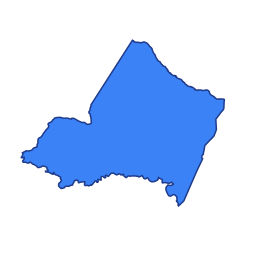 Paranaíta, Mato Grosso, Brazil (Robinson projection), rotated 297°
{"feature_id": "56859067B42865578670852", "entity_name": "Paranaíta", "entity_type": "district", "adm_level": 2, "iso_a3": "BRA", "parent_name": "Brazil", "parent_adm1": "Mato Grosso", "projection": "robinson", "projection_center": [-56.79, -9.567], "detail": "fine", "context": "isolated", "style": "filled", "palette": "blue", "viewbox_px": 256, "rotation_deg": 297, "n_neighbors": 0, "source": "geoboundaries", "source_scale": "gbopen_adm2", "svg_char_len": 5679}
<svg xmlns="http://www.w3.org/2000/svg" viewBox="0 0 256 256"><g transform="rotate(297 128 128)"><path d="M57.8,45.2L57.4,46.2L55.0,46.5L54.1,46.2L53.2,46.4L53.4,47.4L54.0,48.2L54.8,48.5L54.5,49.1L53.2,49.5L52.6,49.5L51.9,49.3L50.9,49.1L50.2,49.5L50.0,50.4L50.7,51.7L51.1,52.9L51.1,53.5L51.1,54.3L51.5,55.1L52.1,55.8L52.9,56.0L53.3,56.5L52.6,59.5L52.6,60.2L52.8,60.9L52.8,61.7L52.5,64.2L52.0,65.1L51.9,65.8L52.2,66.4L53.9,68.3L54.5,68.7L55.4,69.1L55.8,69.8L55.8,70.6L56.1,71.4L56.1,72.2L56.1,73.1L55.8,73.8L54.7,74.4L54.4,75.4L54.1,76.0L53.4,75.9L53.0,75.5L52.6,75.1L52.1,74.1L51.5,74.5L51.9,75.4L52.4,76.9L52.6,77.9L52.6,78.9L52.5,80.6L52.6,81.8L53.0,82.3L53.7,82.0L54.5,81.9L54.5,82.5L53.7,83.7L53.4,84.3L53.7,86.0L53.8,86.9L53.6,88.7L53.6,90.2L53.1,90.6L52.3,90.7L51.8,91.4L51.4,92.3L50.7,92.5L49.8,92.3L49.1,92.3L48.5,92.1L47.5,91.6L46.7,91.6L45.9,92.0L45.1,92.3L44.6,93.0L44.2,94.3L43.9,95.0L43.8,95.9L44.3,96.8L45.9,98.4L47.6,98.8L48.1,99.3L48.8,101.0L49.2,101.7L49.7,102.2L50.9,102.9L51.3,103.5L51.6,104.1L52.2,104.5L53.6,104.2L54.8,104.5L55.5,104.3L56.1,104.2L56.8,104.2L57.2,104.6L57.4,105.3L58.2,105.6L58.5,107.1L58.2,107.7L57.5,108.1L56.8,108.7L57.2,109.4L58.1,110.2L59.2,111.9L60.3,113.2L60.4,114.0L59.8,114.5L59.1,114.4L58.3,114.6L57.7,115.1L57.2,115.9L57.8,116.8L58.3,117.4L58.5,118.1L58.5,119.0L59.2,119.9L60.1,120.3L60.1,121.0L60.4,121.5L61.2,121.6L61.8,122.0L63.4,122.2L64.3,122.6L65.8,122.7L66.3,123.4L66.3,124.1L65.6,124.7L65.8,125.5L66.3,125.8L67.1,125.6L67.7,125.0L68.4,124.6L68.8,125.0L68.9,125.8L69.0,126.8L69.4,127.6L70.0,127.6L70.7,126.9L71.3,126.5L72.4,126.4L73.3,127.1L73.4,128.0L72.9,129.7L73.4,130.3L74.0,130.6L74.5,130.1L74.9,129.5L75.8,129.6L76.1,130.2L75.8,131.7L76.0,132.4L76.6,132.7L78.5,133.0L80.1,133.7L81.1,135.3L81.2,136.2L81.0,138.2L81.1,138.9L81.4,139.6L82.0,140.1L82.9,140.4L83.3,141.3L83.2,142.1L83.0,142.7L83.6,144.3L84.5,144.4L84.6,145.1L83.7,145.9L83.3,146.4L83.1,147.0L83.2,147.9L82.9,148.7L83.3,149.2L83.9,149.3L84.7,149.6L85.2,149.9L85.6,150.5L86.0,151.7L86.3,152.3L87.4,153.6L87.6,154.4L88.0,155.2L88.7,156.6L89.0,157.7L89.5,158.5L89.3,159.1L89.3,159.9L91.3,161.7L92.0,162.2L91.6,163.0L91.2,163.6L90.4,164.9L90.2,165.7L90.6,166.7L92.5,167.8L92.5,168.4L91.9,169.2L91.2,170.4L90.9,171.1L90.8,171.8L90.8,173.5L91.8,175.2L92.5,176.0L93.1,176.6L93.8,177.0L94.7,177.8L96.1,178.1L97.7,177.7L97.6,178.6L97.5,179.4L97.5,180.4L97.6,181.7L97.1,182.3L96.4,182.4L95.8,182.8L95.2,182.9L94.8,183.5L94.9,184.1L95.6,184.7L96.0,185.5L96.4,186.3L96.7,187.1L96.7,188.0L97.6,189.9L98.0,190.4L99.5,191.5L99.0,192.3L98.8,193.7L98.3,194.0L97.6,193.5L96.7,192.6L96.2,192.0L95.7,191.1L95.6,189.9L95.1,189.3L94.1,189.3L92.8,188.9L91.7,189.1L90.1,189.9L88.7,191.4L86.9,193.8L86.3,194.8L86.2,195.5L86.4,196.4L86.8,197.0L87.6,197.6L88.6,198.1L89.1,198.5L89.4,198.9L89.6,199.8L89.5,200.8L89.2,201.5L89.0,202.2L88.5,203.0L87.0,203.8L86.1,204.5L85.2,204.2L84.6,204.7L84.3,205.8L83.9,206.6L83.2,207.3L82.4,207.4L81.8,207.8L81.5,208.4L87.3,210.5L88.3,210.8L89.0,210.8L119.4,208.9L124.7,208.7L125.5,208.7L134.5,208.5L135.1,207.3L135.7,206.8L136.7,206.6L137.4,206.6L138.1,206.8L138.7,207.1L139.6,206.6L143.0,205.8L147.1,204.4L154.4,206.5L157.8,207.7L158.4,207.7L159.9,208.2L164.3,207.8L166.9,207.4L175.1,202.6L175.9,202.3L184.4,203.8L187.4,204.6L187.9,204.6L188.8,204.5L190.1,204.0L194.4,202.0L195.8,201.5L197.1,200.9L197.0,199.7L195.0,195.5L194.2,194.6L194.1,193.6L194.3,192.6L194.9,190.7L195.0,189.2L195.1,187.5L195.3,186.4L195.6,185.7L196.2,184.9L197.1,184.0L197.6,183.4L197.8,182.4L197.7,181.0L197.3,180.3L196.7,179.6L196.4,179.1L195.5,178.0L195.2,177.1L195.0,175.7L194.6,175.3L194.3,174.7L194.1,173.6L192.9,172.8L193.0,172.1L192.8,171.2L192.4,170.5L193.2,170.0L193.0,168.9L193.5,168.3L193.5,166.6L193.2,166.0L193.5,165.3L192.9,164.3L192.7,163.0L192.5,162.3L192.6,161.4L193.1,160.7L193.0,159.7L193.2,158.8L193.8,158.4L193.9,157.7L194.4,156.2L194.1,155.6L194.7,155.0L195.2,153.9L195.3,152.9L195.1,151.9L195.1,151.1L194.9,150.3L194.8,149.4L194.9,148.4L195.6,148.1L195.4,147.3L195.5,146.7L196.2,146.7L195.9,145.6L195.1,144.2L195.4,143.4L195.6,142.4L195.5,141.7L196.0,141.5L196.3,140.9L196.0,140.3L196.2,139.6L196.4,138.6L197.1,138.0L196.9,137.2L197.6,137.1L198.2,136.4L198.4,135.2L199.3,133.9L199.6,133.1L199.3,131.9L199.3,130.6L199.9,129.9L200.2,128.5L200.8,127.4L201.4,126.8L201.5,126.0L201.5,124.9L201.7,123.6L202.3,123.3L202.6,122.4L203.5,120.9L204.2,120.2L205.2,119.2L205.6,118.6L206.3,116.9L207.8,115.0L209.3,113.6L209.9,112.7L210.3,111.5L210.6,110.3L211.0,109.3L211.5,108.5L211.9,107.5L212.2,106.3L212.2,105.4L212.1,103.8L211.8,103.0L211.4,102.5L210.1,101.3L209.5,99.9L209.1,98.5L208.0,96.2L207.8,95.3L207.6,93.8L208.1,93.6L208.2,92.1L131.9,84.5L131.3,84.9L129.4,85.3L128.8,85.2L128.1,85.4L127.5,85.8L126.9,86.0L124.9,85.8L124.3,86.0L123.5,86.7L123.4,87.5L123.0,88.1L122.3,88.6L121.8,88.9L120.9,89.8L119.4,90.9L117.7,91.9L117.1,92.1L116.7,92.6L116.1,93.0L115.5,93.0L114.8,92.7L113.3,91.1L112.6,89.6L112.9,88.8L113.2,87.0L113.1,86.3L112.3,85.1L112.0,84.3L111.8,81.5L111.9,78.4L111.9,77.7L112.0,76.3L112.0,75.6L111.3,73.6L110.2,73.5L110.0,72.9L109.7,71.3L109.5,70.5L109.3,69.9L109.1,69.1L108.8,68.4L107.8,66.8L107.3,65.6L106.7,62.7L106.4,62.2L104.9,59.7L103.5,58.1L102.7,58.0L100.9,57.3L99.5,57.2L98.9,56.9L97.6,56.2L96.5,55.2L95.8,54.9L95.1,55.1L94.6,55.5L94.2,56.1L93.5,56.6L92.1,56.7L90.7,56.4L89.0,55.8L86.9,55.5L85.5,55.3L84.8,55.0L84.2,55.1L83.4,55.1L80.9,54.7L80.2,54.4L78.7,53.3L78.1,53.1L77.3,53.0L75.9,53.4L74.2,54.4L73.6,54.6L72.4,54.5L71.7,54.6L70.5,55.3L69.8,55.4L69.3,55.1L68.9,54.5L67.4,53.1L66.6,52.8L64.7,52.4L62.5,50.2L62.1,49.1L61.5,48.4L61.4,47.4L59.9,46.8L59.5,46.2L57.8,45.2Z" fill="#3b82f6" stroke="#1e3a8a" stroke-width="1.5"/></g></svg>